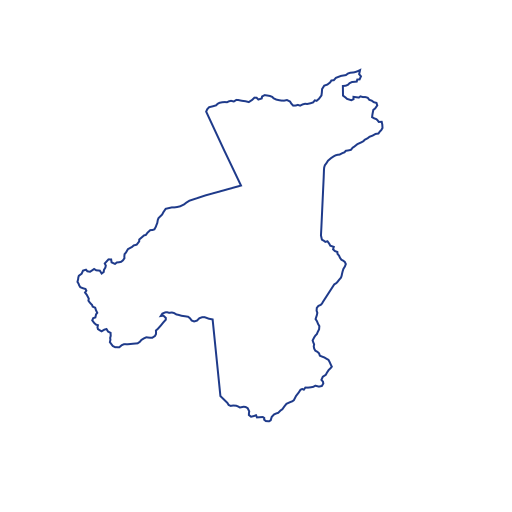 the district of Jaguariaíva, Paraná, Brazil, rotated 244°
{"feature_id": "56859067B17690798383778", "entity_name": "Jaguariaíva", "entity_type": "district", "adm_level": 2, "iso_a3": "BRA", "parent_name": "Brazil", "parent_adm1": "Paraná", "projection": "orthographic", "projection_center": [-49.698, -24.34], "detail": "fine", "context": "isolated", "style": "outline", "palette": "blue", "viewbox_px": 512, "rotation_deg": 244, "n_neighbors": 0, "source": "geoboundaries", "source_scale": "gbopen_adm2", "svg_char_len": 4916}
<svg xmlns="http://www.w3.org/2000/svg" viewBox="0 0 512 512"><g transform="rotate(244 256 256)"><path d="M101.7,195.3L101.9,197.2L104.5,199.6L105.7,202.8L105.6,205.3L105.3,207.2L106.4,210.4L106.7,212.5L108.4,215.6L109.8,218.6L109.7,222.5L109.5,225.0L109.8,226.8L112.7,230.7L114.6,234.6L116.3,237.4L116.2,239.3L114.9,240.4L116.1,242.7L114.9,245.0L114.0,247.6L113.3,250.1L113.4,252.5L111.0,255.3L110.3,258.2L111.9,260.6L113.7,261.1L116.0,260.5L118.2,263.1L118.6,266.6L120.1,268.7L121.7,271.4L122.5,273.9L123.3,275.6L125.8,275.6L128.4,275.7L130.9,275.6L132.9,274.2L134.8,273.0L136.5,271.4L138.4,269.7L140.9,270.0L142.9,269.2L144.9,267.8L147.3,267.7L149.5,268.3L151.1,269.5L153.2,269.6L155.3,269.9L157.4,272.7L158.5,274.6L159.1,276.4L160.6,278.1L162.5,280.6L165.2,282.2L167.7,282.0L170.6,282.2L173.2,281.9L176.1,284.7L178.0,286.2L180.3,286.5L182.7,287.9L183.8,290.2L183.7,292.8L184.4,294.6L185.4,296.0L196.2,313.9L196.4,316.3L197.1,318.1L198.1,320.1L199.3,322.9L200.7,324.3L202.4,325.6L204.3,327.2L206.1,328.9L207.6,331.3L209.4,333.2L211.8,333.2L213.6,332.3L215.2,331.1L217.6,330.7L219.9,330.8L222.2,330.2L224.0,330.9L225.8,329.1L228.2,328.2L230.1,329.9L232.7,327.3L235.1,327.2L237.9,326.7L238.3,324.5L239.9,323.7L241.8,322.4L246.0,323.4L252.7,327.1L290.4,347.7L296.6,351.1L303.9,355.0L305.7,356.1L307.4,357.7L308.5,359.9L310.1,362.5L311.1,366.4L311.5,369.4L311.6,371.6L311.2,373.7L310.5,375.6L310.6,378.7L310.4,381.0L311.2,382.8L310.5,385.0L309.8,387.8L311.0,390.4L311.2,392.2L312.1,396.2L312.0,400.4L312.1,402.9L312.8,404.6L312.9,408.0L313.4,410.3L313.1,413.5L313.3,417.0L312.4,419.7L313.6,421.9L314.2,423.7L315.6,425.8L318.7,427.1L321.5,427.8L322.7,425.1L324.5,424.8L326.2,424.2L328.1,422.4L329.9,421.2L331.9,422.5L334.2,424.2L335.9,425.5L336.4,427.8L338.2,431.0L340.8,431.4L342.6,429.3L344.9,428.1L346.7,426.3L349.2,425.8L350.8,424.1L352.1,421.6L353.7,419.8L353.3,417.9L356.3,413.4L354.2,412.4L354.2,410.0L357.3,406.7L359.3,405.9L362.0,404.5L370.7,408.6L369.7,411.4L369.6,413.8L370.3,415.8L370.3,418.5L368.6,423.0L370.2,424.4L369.3,426.5L371.5,429.1L374.2,428.4L375.6,429.5L377.5,431.0L377.5,428.9L377.7,426.7L378.1,424.5L379.4,421.0L379.7,418.7L379.2,416.1L380.6,411.4L380.9,408.2L381.1,405.9L379.9,403.0L380.7,400.7L379.5,398.7L378.8,395.3L379.2,392.0L377.1,388.6L374.0,386.8L371.6,385.2L369.7,381.5L368.9,378.5L370.1,377.1L369.0,374.7L369.4,371.9L370.2,368.6L371.3,366.9L371.8,364.4L371.8,361.6L373.5,359.8L373.8,357.7L374.9,355.3L377.6,354.5L379.9,354.3L382.6,352.2L383.3,349.4L384.4,347.2L385.8,345.2L387.7,342.8L390.1,340.9L391.8,340.4L393.7,338.7L395.3,336.5L396.8,334.3L396.7,331.4L395.1,330.2L395.6,326.7L398.0,325.9L399.0,324.0L398.0,321.0L397.5,317.0L399.7,314.4L401.6,311.5L402.8,309.9L404.0,308.4L404.9,306.7L404.6,303.8L406.4,301.6L406.9,299.5L406.9,297.4L408.1,295.3L409.0,293.0L409.7,290.3L409.6,288.2L408.9,286.2L409.5,282.7L410.3,279.1L409.3,276.5L407.6,274.5L363.9,273.7L362.1,273.7L325.9,273.4L332.6,237.3L334.9,220.4L334.5,216.7L333.9,214.0L333.9,209.6L334.6,206.6L335.4,204.1L336.6,201.6L338.0,195.5L336.0,192.0L334.4,189.8L332.8,185.0L331.4,183.5L328.9,181.7L327.5,180.1L326.3,178.9L324.5,176.4L324.7,174.5L325.6,172.3L324.5,168.7L323.2,166.2L323.6,164.4L322.8,161.4L322.0,158.3L320.3,157.4L318.5,153.7L319.1,150.7L318.5,148.6L318.3,143.9L316.1,140.6L315.3,138.7L313.4,137.5L311.7,136.8L310.4,134.5L309.9,132.2L310.5,129.9L311.2,128.1L310.7,125.8L313.6,123.4L316.4,124.3L317.6,121.9L315.6,116.8L313.2,116.8L311.6,115.5L310.2,113.3L308.4,112.1L307.9,109.6L311.3,109.2L313.2,106.1L315.3,104.8L314.9,102.3L314.6,99.9L316.2,97.7L318.2,97.2L318.7,94.1L316.5,91.5L315.9,88.1L314.6,86.9L313.2,86.0L311.0,84.2L308.9,84.4L307.2,84.2L305.0,84.4L302.9,86.3L301.1,88.3L299.2,88.3L298.1,86.3L295.3,86.9L291.0,87.0L289.3,85.8L287.5,86.1L285.6,86.6L283.9,87.2L282.1,87.0L280.0,88.8L277.5,88.4L274.5,88.4L273.7,86.7L271.2,84.7L271.5,82.4L269.9,80.6L266.8,81.2L264.5,82.1L263.1,83.6L261.5,82.3L259.6,81.9L257.9,82.9L256.0,84.2L256.3,87.4L255.9,89.6L252.9,89.9L250.7,91.6L247.9,90.4L246.3,89.0L244.5,88.4L242.6,86.9L237.9,87.8L235.8,89.4L233.9,93.1L234.7,96.2L234.6,98.7L232.9,102.0L230.8,107.7L229.4,111.3L229.8,114.0L230.8,116.2L231.1,119.4L231.0,121.8L229.3,124.4L228.0,126.9L228.4,130.1L229.6,131.8L231.2,132.7L232.9,133.4L233.5,135.7L235.3,140.1L236.9,143.5L238.3,147.0L239.9,147.8L243.0,146.6L243.8,144.1L245.3,146.6L245.1,149.9L244.3,151.6L243.0,153.0L242.1,155.6L240.7,157.3L238.4,158.8L237.0,160.6L234.9,162.9L232.6,166.3L231.1,168.4L228.9,169.4L226.2,169.9L224.3,171.7L223.8,174.6L224.9,177.8L224.6,180.7L223.6,182.9L222.1,184.4L220.4,186.0L218.0,189.2L145.7,162.6L136.5,165.9L134.1,166.1L132.4,167.5L131.6,170.0L130.1,172.6L128.4,174.1L126.9,175.1L125.9,178.9L124.8,180.5L122.9,181.8L119.3,181.8L117.9,180.8L116.2,179.9L113.7,181.1L113.0,184.4L112.9,186.2L110.5,186.1L109.3,189.1L108.3,191.5L106.8,192.4L105.3,191.6L103.3,192.5L101.7,195.3Z" fill="none" stroke="#1e3a8a" stroke-width="2"/></g></svg>